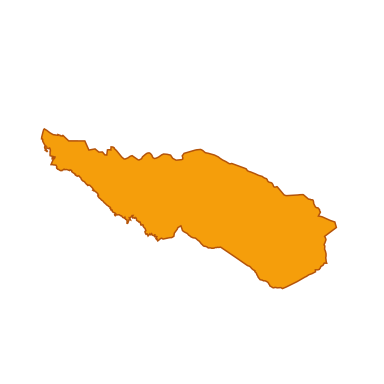 Budeasa, Arges, Romania, rotated 145°
{"feature_id": "2599482B19547720814446", "entity_name": "Budeasa", "entity_type": "district", "adm_level": 2, "iso_a3": "ROU", "parent_name": "Romania", "parent_adm1": "Arges", "projection": "albers", "projection_center": [24.821, 44.946], "detail": "fine", "context": "isolated", "style": "filled", "palette": "amber", "viewbox_px": 384, "rotation_deg": 145, "n_neighbors": 0, "source": "geoboundaries", "source_scale": "gbopen_adm2", "svg_char_len": 6052}
<svg xmlns="http://www.w3.org/2000/svg" viewBox="0 0 384 384"><g transform="rotate(145 192 192)"><path d="M173.3,61.0L169.1,60.1L157.3,58.3L148.1,57.5L146.7,57.2L143.8,57.2L140.6,56.3L136.6,55.8L135.6,57.5L133.5,56.0L132.1,55.6L131.6,55.9L130.4,56.2L129.2,57.1L126.8,56.8L124.4,57.9L122.5,56.4L121.9,58.2L120.7,60.3L120.5,60.9L120.0,61.7L119.5,62.0L118.6,63.1L117.6,64.6L116.7,66.9L116.2,69.1L114.3,71.4L114.1,72.0L114.2,72.6L113.8,73.3L112.3,74.1L109.7,76.0L109.4,76.5L109.0,78.0L108.8,79.6L94.1,80.1L92.2,85.5L95.0,89.3L99.6,97.0L100.9,98.5L102.3,99.8L98.4,101.8L98.3,102.1L98.3,102.9L98.2,103.5L97.7,104.3L97.8,106.2L97.9,106.7L99.1,107.9L99.5,109.1L98.9,112.9L98.4,113.6L97.8,114.9L97.6,115.7L97.6,116.1L97.9,116.6L99.1,117.5L99.5,118.4L100.6,119.2L102.3,125.8L102.6,126.2L105.0,127.8L106.9,128.8L116.5,134.7L117.3,135.4L118.1,136.5L118.3,137.3L119.2,147.4L119.4,147.7L120.7,148.1L121.7,148.8L121.9,149.3L121.9,150.0L121.5,151.7L121.4,153.2L121.9,154.4L122.9,155.4L123.5,156.4L123.7,157.7L123.3,159.2L123.4,160.2L124.0,161.1L124.3,161.3L125.1,162.9L125.5,164.4L128.0,167.6L129.8,170.7L132.4,174.7L133.6,176.2L134.2,177.3L134.4,178.1L134.3,179.8L135.1,181.1L143.1,192.6L144.6,193.2L145.3,194.0L146.8,197.5L148.6,200.7L149.8,203.8L150.3,205.6L152.4,209.4L156.4,214.3L158.4,216.4L158.8,217.4L159.3,219.5L159.7,220.5L160.5,221.9L163.8,223.8L165.4,224.5L176.3,228.2L179.3,227.2L180.0,225.1L180.9,224.2L182.2,224.6L186.8,227.2L188.5,230.7L188.4,234.5L190.7,237.1L192.0,238.2L193.5,239.4L195.4,239.8L199.5,239.8L202.1,240.3L203.6,241.0L204.3,242.5L204.1,244.2L203.8,244.9L204.0,247.4L204.7,248.7L206.4,249.5L208.2,249.6L212.4,249.2L214.2,248.2L217.1,248.6L217.7,249.3L220.2,256.1L222.0,256.7L225.0,256.7L227.9,257.4L228.7,258.1L229.5,260.9L230.1,269.3L230.5,271.1L230.7,272.5L230.4,272.9L231.0,274.2L232.4,275.4L234.4,273.0L234.6,273.3L236.0,274.4L237.1,275.0L240.6,271.2L242.1,272.4L242.4,276.1L245.4,278.1L246.7,282.9L252.4,285.5L250.5,295.3L263.7,304.6L265.2,312.1L265.3,312.1L265.6,312.5L266.1,312.2L267.5,313.5L267.3,313.7L268.9,316.0L269.4,315.4L272.8,318.6L274.4,321.9L275.6,325.8L276.8,328.4L277.8,328.1L279.7,326.6L283.6,323.2L284.8,321.8L284.1,321.2L284.1,320.7L284.8,319.9L285.2,318.9L285.7,314.7L285.3,313.3L286.2,313.7L286.7,313.6L287.1,313.2L287.4,312.5L287.6,310.7L288.3,310.5L287.6,308.3L287.1,308.4L287.2,310.1L287.0,311.4L286.6,311.8L286.2,311.8L285.4,311.0L285.1,310.6L284.9,310.0L283.4,309.7L283.7,308.2L283.9,308.2L284.4,306.8L285.1,306.5L286.2,304.8L286.9,304.0L287.4,303.1L284.1,299.2L285.5,298.3L286.7,300.4L287.6,299.4L286.6,298.5L291.8,295.3L291.6,295.1L290.8,294.7L290.3,294.1L290.2,293.9L289.1,293.0L288.0,291.9L288.3,290.0L288.9,289.7L289.2,289.1L289.0,288.6L289.0,287.9L288.8,287.9L287.6,285.2L287.2,284.7L286.7,284.5L286.3,284.1L285.9,284.3L284.2,283.9L284.1,284.1L283.7,284.1L283.3,283.1L282.9,283.0L282.0,282.5L281.2,281.6L279.9,279.7L279.1,280.1L278.3,278.7L278.3,278.4L278.8,277.7L278.7,277.0L277.3,273.4L277.8,273.3L277.8,272.7L276.9,270.7L276.1,270.6L275.8,270.2L275.4,270.2L275.3,269.0L275.3,268.7L275.0,267.7L275.1,266.8L275.4,265.7L275.2,264.2L275.0,263.5L274.5,262.8L274.4,262.4L274.2,261.9L274.0,259.0L273.9,258.5L273.5,258.1L273.7,257.9L273.6,257.2L273.1,257.3L272.9,256.8L272.1,256.4L271.9,256.1L271.3,252.8L271.3,250.8L272.3,250.5L271.8,249.3L271.2,249.3L271.1,248.3L270.6,246.9L270.1,244.8L270.3,244.5L270.5,243.8L270.4,243.3L270.6,242.9L271.4,242.9L271.5,242.0L271.4,240.3L270.9,238.9L270.8,237.6L270.7,237.0L270.3,236.5L270.1,235.5L270.0,233.5L269.8,233.1L269.2,230.0L268.6,228.7L268.6,228.0L268.0,227.0L267.7,226.1L268.5,225.6L268.3,224.7L268.5,224.2L268.3,224.2L268.4,223.8L268.3,223.6L268.5,223.6L268.4,223.4L267.9,223.3L267.8,222.8L268.1,222.4L268.4,221.9L268.4,221.5L268.2,220.7L267.8,220.0L267.3,219.4L267.0,218.4L267.1,218.2L268.3,218.0L268.5,217.5L268.6,216.9L268.4,216.5L267.9,216.5L266.6,216.9L266.2,216.0L265.5,215.6L265.1,215.5L264.5,215.0L264.3,214.0L263.9,213.2L263.4,212.9L263.3,210.8L262.7,210.1L262.5,209.5L261.5,209.8L262.0,208.3L262.1,207.7L261.3,206.8L261.8,205.7L261.9,205.1L262.3,204.8L262.4,204.1L262.9,204.1L263.2,203.6L262.9,203.3L262.5,203.3L259.1,205.6L258.4,204.4L258.1,205.5L258.0,206.9L257.6,206.6L255.4,206.4L254.7,207.1L253.8,206.6L255.1,205.9L255.5,204.8L254.5,204.3L254.1,203.6L253.9,203.9L253.2,203.8L253.3,203.2L252.7,202.7L253.0,201.5L253.6,200.6L253.2,199.4L252.5,198.5L252.8,198.0L252.5,197.7L251.8,197.2L251.7,196.9L252.1,196.5L252.2,196.2L252.1,195.5L252.8,194.6L252.8,194.3L252.4,193.9L251.3,193.5L251.0,193.1L251.0,192.7L251.6,192.2L251.7,191.9L251.6,190.0L251.4,189.5L251.4,188.7L251.6,188.3L251.9,186.8L252.3,186.6L253.0,186.7L253.3,186.5L253.7,185.4L253.9,184.3L253.9,183.8L253.2,183.8L252.8,183.5L253.1,182.6L252.9,182.3L253.0,181.9L253.2,181.2L251.4,181.6L250.5,181.9L250.6,181.1L250.4,180.6L250.1,180.5L249.0,180.9L249.2,179.9L249.1,179.3L248.6,178.4L247.8,178.1L247.0,178.3L246.9,178.2L247.0,178.0L248.0,177.2L248.2,176.9L248.1,176.5L246.4,175.8L246.3,175.6L248.2,174.6L247.6,173.6L248.2,173.4L248.1,173.2L247.9,172.4L248.1,172.1L248.1,171.8L247.7,172.0L247.3,171.8L247.3,171.6L244.4,171.9L243.3,171.5L243.0,170.5L242.6,170.0L236.7,167.5L234.8,166.3L232.3,166.1L230.1,168.4L225.4,170.0L224.1,170.9L220.5,170.7L220.5,170.3L221.0,169.0L221.3,167.6L221.8,166.5L221.8,165.3L221.3,163.9L219.6,160.6L219.5,159.1L219.4,158.3L219.1,157.9L218.6,155.9L217.4,153.9L215.6,152.2L214.7,148.6L214.2,147.4L214.1,144.1L213.8,143.1L213.7,141.8L213.2,140.6L212.3,139.9L211.3,138.6L210.9,137.2L210.7,136.8L209.1,135.8L208.0,134.5L206.2,133.4L204.7,133.1L203.6,132.3L203.0,132.2L201.8,131.2L201.0,130.8L200.4,130.6L200.1,130.2L193.3,112.3L189.0,100.6L188.5,99.5L187.8,98.7L187.3,97.7L187.1,96.6L187.0,95.1L186.4,92.9L185.6,91.4L186.1,90.9L186.1,89.9L185.9,89.1L185.9,88.3L186.3,87.1L186.4,85.1L186.7,84.4L186.5,81.1L184.9,79.4L184.5,78.4L183.2,77.4L182.7,76.8L181.8,74.9L181.6,74.0L181.8,72.6L181.7,71.6L182.1,70.5L181.7,69.7L180.7,67.3L180.3,66.8L179.7,66.5L178.8,66.3L177.8,65.4L177.3,64.7L174.0,62.7L173.3,61.0Z" fill="#f59e0b" stroke="#b45309" stroke-width="1.5"/></g></svg>